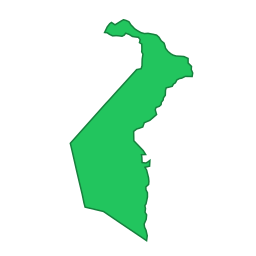 the district of Tamandaré, Pernambuco, Brazil, rotated 287°
{"feature_id": "56859067B61914387336292", "entity_name": "Tamandaré", "entity_type": "district", "adm_level": 2, "iso_a3": "BRA", "parent_name": "Brazil", "parent_adm1": "Pernambuco", "projection": "natural_earth1", "projection_center": [-35.18, -8.746], "detail": "fine", "context": "isolated", "style": "filled", "palette": "green", "viewbox_px": 256, "rotation_deg": 287, "n_neighbors": 0, "source": "geoboundaries", "source_scale": "gbopen_adm2", "svg_char_len": 1731}
<svg xmlns="http://www.w3.org/2000/svg" viewBox="0 0 256 256"><g transform="rotate(287 128 128)"><path d="M25.7,178.7L30.6,177.9L35.5,175.1L37.9,172.9L40.9,171.5L46.1,172.1L50.4,171.2L52.4,168.9L56.0,168.3L58.7,166.8L60.7,167.4L67.7,166.8L71.8,165.5L74.2,163.2L76.9,162.3L80.1,164.2L83.0,163.6L86.4,162.2L93.2,158.1L95.4,155.7L97.8,159.8L103.4,158.4L101.4,157.0L99.7,155.3L99.1,151.6L101.2,150.8L103.8,149.9L106.4,148.7L107.8,152.6L110.8,149.2L117.5,137.3L126.4,134.4L129.5,136.5L131.2,139.0L133.3,141.8L137.8,142.0L141.8,146.7L146.2,149.5L149.2,151.4L153.4,148.7L155.8,148.8L157.9,151.6L160.0,152.8L162.4,152.4L165.0,153.4L167.2,153.1L170.2,154.1L175.2,152.8L177.6,152.8L178.9,155.0L180.8,158.1L183.3,158.6L185.1,160.1L188.3,160.7L190.3,162.7L191.4,164.8L194.1,167.7L194.9,170.5L196.0,174.3L199.5,173.8L202.4,171.4L205.5,170.7L207.7,166.5L212.1,165.1L212.7,160.6L211.9,157.0L210.9,153.0L210.9,149.9L211.5,147.1L212.9,143.8L215.2,140.6L217.4,139.3L219.7,137.7L221.1,134.3L223.9,131.0L225.2,128.2L225.0,124.8L224.4,119.5L223.1,116.1L223.0,112.5L224.0,108.0L224.9,105.2L226.2,103.0L227.5,100.6L229.9,97.8L230.3,94.5L230.2,92.0L228.1,90.0L225.7,87.9L222.9,85.4L224.1,81.3L222.3,80.0L218.6,78.6L212.5,77.7L213.0,80.3L212.2,82.7L211.6,86.3L212.9,89.7L213.5,92.4L214.0,95.5L215.8,97.3L218.0,98.1L217.8,101.9L216.8,105.4L217.2,108.2L217.8,111.4L216.1,113.8L213.0,114.0L212.3,116.6L210.3,117.3L207.2,118.3L204.9,118.8L203.0,120.7L198.1,121.4L194.8,122.3L191.7,123.2L188.5,123.2L186.4,119.2L163.6,108.5L161.2,107.3L150.0,102.1L147.7,101.0L145.5,99.9L96.5,77.3L92.6,79.6L89.5,81.4L86.2,83.3L72.4,91.2L60.4,98.2L51.4,103.5L43.5,107.8L39.8,110.1L41.0,128.9L35.3,147.3L25.7,178.7Z" fill="#22c55e" stroke="#15803d" stroke-width="1.5"/></g></svg>